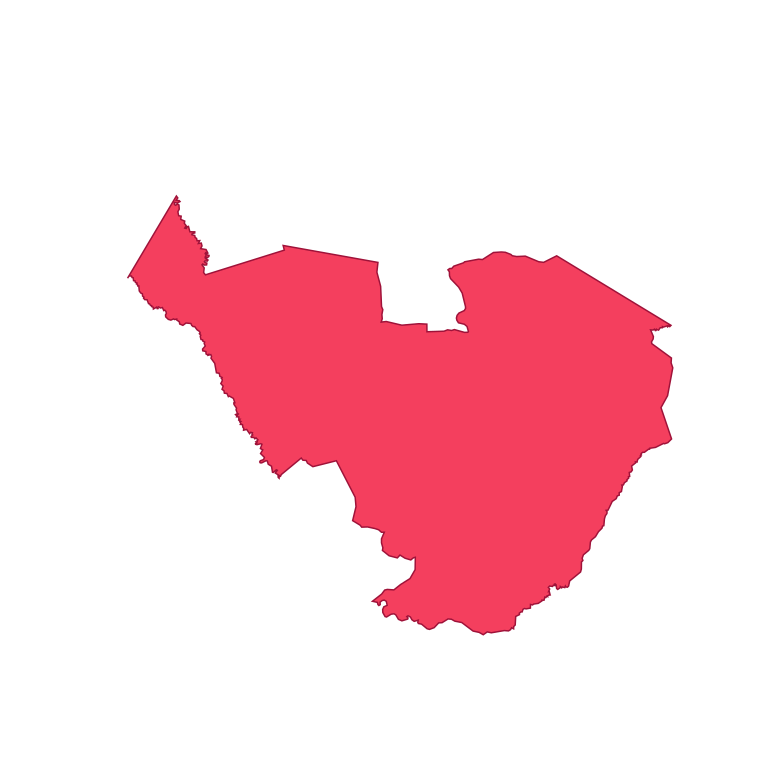 Zambezi, North-Western, Zambia, rotated 31°
{"feature_id": "96606910B76619304368438", "entity_name": "Zambezi", "entity_type": "district", "adm_level": 2, "iso_a3": "ZMB", "parent_name": "Zambia", "parent_adm1": "North-Western", "projection": "mercator", "projection_center": [22.726, -13.599], "detail": "fine", "context": "isolated", "style": "filled", "palette": "rose", "viewbox_px": 768, "rotation_deg": 31, "n_neighbors": 0, "source": "geoboundaries", "source_scale": "gbopen_adm2", "svg_char_len": 6158}
<svg xmlns="http://www.w3.org/2000/svg" viewBox="0 0 768 768"><g transform="rotate(31 384 384)"><path d="M109.2,329.8L109.7,425.4L109.8,422.7L112.0,421.5L113.2,422.5L114.3,422.1L116.1,424.4L117.4,423.8L118.5,424.9L120.3,424.7L120.3,425.7L121.4,425.7L122.4,426.8L123.3,426.2L126.3,430.3L128.6,431.3L130.4,431.1L131.8,433.0L133.5,433.2L133.7,434.3L135.5,434.9L137.5,433.8L140.8,436.4L141.7,436.0L143.3,436.9L144.5,436.5L144.9,437.3L146.7,437.1L147.7,438.5L149.5,435.3L150.8,436.2L151.4,435.7L150.4,435.1L151.0,434.0L153.2,434.0L154.7,432.6L157.4,434.5L158.0,433.6L159.7,434.1L161.1,435.6L161.1,437.3L162.3,438.9L165.8,439.7L168.4,439.0L170.1,436.6L171.3,436.6L172.9,435.1L173.4,435.9L176.5,436.1L178.0,437.8L181.4,437.3L182.9,433.7L187.3,431.6L189.0,432.8L190.8,433.1L192.2,432.3L195.8,433.8L198.7,434.0L200.2,434.9L199.9,436.0L201.8,436.5L202.0,437.9L204.2,440.1L205.8,439.6L206.5,440.5L208.7,440.4L209.0,441.9L211.2,443.5L210.5,447.5L211.5,448.9L214.6,447.9L216.0,449.9L217.7,449.9L218.3,449.1L218.5,449.9L220.4,448.0L222.0,449.2L222.4,451.0L228.3,453.5L234.6,460.7L237.3,459.7L239.4,462.0L241.8,461.8L241.7,463.0L242.9,463.3L243.7,464.7L243.9,467.7L247.2,468.7L247.9,472.0L250.3,472.2L251.9,474.1L254.3,473.0L257.1,475.0L257.7,474.0L262.3,473.9L265.8,476.9L265.0,477.6L266.0,478.8L270.0,480.6L270.5,482.3L273.2,484.5L274.6,484.7L274.4,485.7L273.3,485.4L272.5,486.7L274.5,487.1L274.6,488.0L276.5,487.0L277.7,489.0L278.6,488.5L278.3,489.8L280.5,489.8L279.9,490.7L281.7,491.6L281.7,492.6L283.6,491.7L285.3,493.8L286.6,494.2L287.4,495.9L289.7,493.7L294.4,495.8L294.6,494.1L296.3,493.5L296.7,495.1L297.7,495.3L297.1,497.4L297.8,498.1L300.0,496.8L301.5,497.5L302.0,496.1L304.7,496.8L304.3,497.8L305.2,498.8L304.0,499.6L305.6,500.5L304.6,501.3L305.0,501.8L306.4,501.4L309.2,498.6L310.4,498.5L311.3,503.0L314.0,502.9L314.0,507.2L319.3,508.5L319.7,510.8L317.5,513.5L317.6,514.8L318.5,515.3L319.8,514.6L322.4,510.5L323.6,510.1L326.1,512.4L329.9,512.4L333.9,517.1L334.6,516.9L335.9,513.0L337.0,512.9L336.7,516.3L339.8,516.4L341.5,518.6L342.6,518.8L341.3,516.4L342.8,516.4L342.6,514.5L351.2,490.1L353.7,491.1L356.7,489.6L359.1,491.2L365.6,491.5L382.7,474.3L417.6,495.9L423.2,503.6L427.5,517.3L436.2,517.3L438.6,518.2L443.5,515.0L450.6,512.6L454.4,511.7L458.2,512.4L460.6,510.9L461.6,518.0L463.7,521.5L467.4,525.0L468.4,527.5L476.8,528.6L485.0,526.2L485.8,522.4L491.8,522.5L497.6,521.0L498.8,517.7L500.1,516.4L506.3,527.1L506.5,537.4L501.5,547.3L498.5,555.4L492.6,558.4L490.7,560.3L490.2,565.2L486.0,576.2L490.8,574.6L492.4,576.2L493.7,576.5L494.4,575.1L493.0,573.0L493.9,570.6L495.5,569.1L497.9,569.1L500.7,572.1L498.6,575.1L499.0,578.0L500.7,580.5L504.7,582.8L506.2,582.4L508.7,577.6L511.0,575.8L513.0,575.8L517.6,578.3L521.3,577.8L525.4,573.3L525.1,572.2L523.3,571.6L524.0,570.3L526.6,570.1L529.3,571.7L532.1,571.9L535.0,568.8L535.7,570.9L536.8,571.6L539.9,570.5L547.0,571.6L549.4,570.9L552.5,567.0L553.9,560.6L556.7,558.7L559.9,552.4L563.0,550.9L566.9,550.8L573.5,548.4L587.6,549.9L593.5,547.9L598.2,547.8L600.2,543.3L604.1,542.0L614.1,533.4L617.9,531.5L619.0,529.4L618.9,527.2L621.2,527.1L620.1,525.1L620.6,523.0L616.6,515.4L618.9,511.9L618.0,510.8L618.8,508.8L619.8,508.2L619.2,505.5L620.0,504.1L621.6,503.6L624.9,500.7L623.1,497.5L625.1,496.9L625.7,495.5L629.2,492.6L631.1,488.5L630.7,488.0L632.5,486.9L631.6,483.8L632.7,483.7L632.9,482.2L633.6,482.0L633.0,481.6L634.5,479.7L634.1,478.9L634.7,478.9L632.5,476.7L632.0,477.2L631.6,474.4L629.6,473.7L630.0,471.9L632.8,470.7L632.8,469.3L634.4,468.7L633.2,467.8L633.6,467.2L635.0,467.5L637.3,470.4L638.7,470.6L640.0,467.8L639.5,466.8L641.3,467.2L641.3,466.2L643.8,465.4L643.5,463.8L644.4,464.3L645.9,463.7L646.3,462.1L644.6,457.2L649.3,443.9L648.5,441.0L644.9,434.8L645.4,432.9L643.6,431.3L642.9,427.7L645.2,421.1L645.2,419.2L642.3,413.1L642.2,410.7L643.9,406.0L643.9,400.2L645.1,395.3L644.5,393.3L645.4,392.2L642.4,386.0L641.6,382.9L641.8,380.3L641.0,378.6L639.5,377.9L641.0,376.7L640.1,367.1L642.1,362.7L641.6,359.7L642.9,358.2L641.6,356.0L642.9,353.9L641.1,349.1L639.9,348.2L641.2,347.2L640.9,344.9L642.2,341.8L641.5,340.9L642.2,338.7L641.3,337.6L642.2,336.7L639.8,333.5L641.1,332.0L641.2,329.8L638.5,326.8L640.3,322.0L639.6,321.2L641.1,320.6L640.3,318.0L641.5,313.8L640.7,313.4L641.2,312.2L640.3,311.8L640.7,309.5L642.4,308.4L644.3,303.7L645.2,303.1L644.8,302.3L649.4,298.5L654.2,291.0L655.3,290.7L657.5,288.1L658.8,283.0L633.6,261.6L633.1,248.0L623.2,221.4L619.2,218.0L617.0,213.7L592.8,211.5L591.6,210.1L591.5,206.8L590.5,204.6L584.6,200.3L586.8,199.2L587.6,197.7L588.7,198.3L589.1,197.1L589.6,197.7L589.8,196.8L591.6,196.4L591.8,193.5L593.6,192.4L593.1,191.4L594.2,191.3L597.2,187.9L597.7,188.8L598.5,187.3L599.4,187.6L599.8,185.9L466.0,185.2L458.2,197.5L453.7,199.5L439.3,201.6L432.1,206.4L427.9,208.0L426.0,207.6L420.2,208.6L416.6,210.4L410.1,214.9L404.3,226.6L400.8,228.3L390.2,237.7L389.7,239.2L383.1,247.1L382.6,250.1L380.8,251.2L380.0,253.2L382.2,254.1L384.4,257.5L386.8,259.4L398.1,262.5L404.2,265.8L413.9,275.6L415.0,277.2L415.0,279.7L411.7,284.6L411.3,287.5L412.1,290.2L413.6,291.8L416.3,293.2L422.1,291.4L425.5,291.9L429.3,295.5L429.2,296.5L426.4,298.3L416.3,301.1L414.4,303.3L410.6,304.8L408.3,307.8L393.9,317.1L389.9,310.6L382.8,314.4L369.0,324.4L353.7,329.3L349.7,332.4L348.9,329.0L346.4,325.5L344.7,320.9L342.0,318.9L330.8,302.0L320.3,291.8L316.2,282.9L226.2,317.2L229.6,320.6L174.7,382.4L172.0,381.4L170.1,377.1L166.6,375.6L166.8,374.5L168.9,374.5L170.6,373.3L169.9,371.6L168.0,372.1L167.0,371.6L167.2,370.6L169.2,369.7L169.3,368.4L166.4,368.4L165.3,367.4L165.3,366.1L166.2,367.0L167.4,366.9L168.2,365.0L167.8,363.9L164.8,364.8L163.6,364.4L163.5,363.3L165.1,363.3L165.6,362.5L162.2,360.4L157.1,362.4L156.9,359.4L154.8,357.3L152.5,359.2L152.2,356.0L150.0,357.5L148.3,355.7L146.7,355.7L145.3,354.2L142.4,355.0L142.1,353.8L144.0,352.0L143.4,351.0L139.2,353.5L135.2,349.6L134.4,350.4L134.4,352.6L132.9,353.0L132.9,350.2L130.1,349.1L129.3,347.0L125.0,347.6L123.7,344.6L121.3,345.5L118.6,342.5L118.4,339.5L116.0,336.1L114.4,336.1L113.2,338.2L111.9,338.0L110.8,336.3L113.5,335.4L115.2,332.7L114.0,332.3L111.3,333.7L111.4,330.7L109.2,329.8Z" fill="#f43f5e" stroke="#9f1239" stroke-width="1.5"/></g></svg>